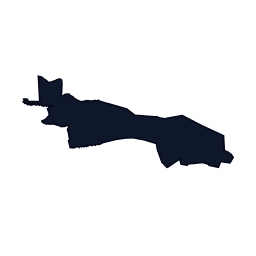 the district of Iturbide, Nuevo León, Mexico, rotated 306°
{"feature_id": "50627088B63300503507145", "entity_name": "Iturbide", "entity_type": "district", "adm_level": 2, "iso_a3": "MEX", "parent_name": "Mexico", "parent_adm1": "Nuevo León", "projection": "robinson", "projection_center": [-99.928, 24.644], "detail": "fine", "context": "isolated", "style": "filled", "palette": "ink", "viewbox_px": 256, "rotation_deg": 306, "n_neighbors": 0, "source": "geoboundaries", "source_scale": "gbopen_adm2", "svg_char_len": 4075}
<svg xmlns="http://www.w3.org/2000/svg" viewBox="0 0 256 256"><g transform="rotate(306 128 128)"><path d="M90.1,26.5L89.9,26.8L89.9,27.3L89.7,27.6L89.3,27.8L89.0,27.9L88.7,28.1L88.5,27.9L88.3,27.7L88.2,27.7L87.9,27.6L87.7,27.6L87.5,27.8L87.4,28.0L87.5,28.1L87.6,28.3L87.8,28.7L87.8,29.0L87.5,29.3L87.3,29.5L87.2,29.7L87.2,29.9L87.2,30.0L87.7,30.6L88.4,31.4L87.9,32.2L88.0,32.4L88.0,32.5L87.9,32.7L87.8,32.9L87.9,33.0L88.0,33.0L88.2,32.8L88.4,32.8L88.6,33.0L88.5,33.3L88.5,33.5L88.8,33.5L89.0,33.8L88.9,34.1L89.0,34.2L89.1,34.3L89.3,34.3L89.4,34.1L89.4,33.9L89.5,34.0L89.7,34.4L89.5,34.6L89.4,34.7L89.2,34.8L89.3,34.9L89.5,34.9L89.4,35.3L89.2,35.5L89.3,35.7L89.6,35.7L89.6,36.0L89.8,36.1L90.1,35.9L90.3,36.0L90.3,36.3L90.1,36.7L90.4,36.8L90.6,36.6L90.8,36.5L91.0,36.8L91.5,36.8L92.0,36.6L91.9,36.8L91.7,36.9L91.5,37.0L91.9,37.4L91.2,37.4L91.4,37.9L91.8,38.2L92.1,38.3L92.5,38.1L92.8,38.3L92.9,38.6L92.7,39.0L93.2,39.2L93.2,39.4L92.6,39.8L92.5,40.2L92.9,40.4L93.0,40.6L93.3,40.6L93.6,40.6L93.8,40.6L94.0,40.9L94.1,41.0L94.4,40.8L94.3,41.2L94.1,41.6L94.4,42.0L94.4,42.3L94.2,42.5L94.2,42.8L94.9,43.3L95.5,43.0L95.7,42.9L95.8,42.9L96.1,43.0L96.2,43.4L96.1,43.5L95.8,43.6L95.7,44.4L95.7,44.6L95.5,44.8L95.4,45.0L95.5,45.2L95.7,45.4L95.6,45.7L95.6,45.9L95.8,46.0L96.0,46.0L96.1,45.8L96.3,45.8L96.2,46.1L96.0,46.3L96.0,46.5L96.5,46.6L96.6,46.9L96.5,47.0L96.4,47.3L96.6,47.4L96.8,47.5L97.1,47.6L97.3,47.6L97.5,47.5L97.7,47.4L97.8,47.5L97.6,47.7L97.5,47.8L97.5,48.0L97.9,48.1L98.1,48.2L98.1,48.4L98.0,48.6L97.8,48.7L97.8,49.0L97.9,49.3L97.8,49.5L98.3,49.7L98.6,49.7L98.8,50.0L98.9,50.6L98.8,51.1L99.1,51.3L99.4,51.5L99.7,51.6L101.9,54.2L96.2,51.5L93.6,55.5L92.9,55.9L91.2,57.1L89.8,56.4L89.4,56.5L89.0,56.6L88.6,56.4L88.3,56.4L87.9,56.4L87.4,56.3L86.8,56.2L85.9,55.7L85.0,55.5L84.4,55.0L83.5,54.2L82.6,54.4L82.5,54.5L82.6,55.2L82.5,55.4L82.6,56.1L82.5,56.4L82.4,56.9L82.5,57.5L82.8,58.1L83.2,59.5L84.1,60.8L84.7,61.5L84.9,62.0L85.1,62.2L85.2,62.3L85.5,62.9L85.6,63.1L86.1,63.4L86.7,64.6L87.0,64.9L87.6,65.3L87.8,65.6L87.7,66.1L87.8,66.3L88.1,66.6L88.2,67.3L88.3,67.6L88.6,67.9L88.4,68.5L88.6,68.8L89.0,69.2L89.0,69.8L89.2,70.2L89.4,70.5L89.5,71.7L89.6,72.2L89.8,73.0L91.8,75.6L94.2,77.3L94.9,79.5L91.3,79.8L90.8,80.5L88.3,83.5L85.5,86.2L85.2,86.9L85.1,87.0L85.0,87.3L84.9,87.5L84.6,87.7L84.4,87.8L84.2,87.9L84.0,88.0L83.9,88.0L83.7,87.8L83.5,87.5L83.3,87.4L83.0,87.2L82.8,87.2L78.1,92.9L79.1,93.9L79.2,94.7L79.7,95.0L80.2,95.9L81.3,96.7L81.7,97.0L83.0,97.6L83.7,98.7L83.4,99.8L84.3,99.6L85.1,100.3L85.4,101.4L86.1,101.2L86.6,101.5L86.5,103.0L87.4,103.4L88.2,104.2L88.6,105.3L90.1,106.1L90.6,106.7L92.0,107.2L92.3,107.9L92.3,108.4L92.4,108.9L92.7,109.3L93.6,109.5L94.8,111.0L94.9,111.8L96.1,111.8L97.4,113.9L97.8,114.4L101.8,116.6L112.0,125.3L118.5,132.0L121.7,136.1L123.3,138.3L125.8,143.6L127.7,147.5L131.1,157.2L132.1,160.1L127.5,164.8L120.3,175.5L119.4,180.6L119.0,182.7L120.2,183.4L127.5,186.0L133.1,188.1L129.9,192.3L132.8,197.9L134.0,197.5L136.2,199.9L136.4,200.3L138.9,203.0L139.2,203.4L139.6,203.8L142.6,207.2L142.8,207.6L143.7,208.2L146.2,215.2L145.4,215.6L146.9,218.8L149.2,224.1L149.3,224.3L155.3,222.7L159.7,231.0L166.1,230.4L167.2,227.2L167.3,223.3L166.5,219.1L177.9,209.9L174.6,193.0L173.2,185.9L170.0,164.5L159.5,154.5L156.3,151.5L156.3,150.8L156.4,150.5L155.0,148.4L154.5,146.3L154.1,144.8L153.9,144.8L142.3,125.9L142.5,121.7L142.7,115.8L140.5,109.7L137.9,102.6L136.1,97.6L134.9,94.8L132.8,88.3L133.0,87.9L132.8,87.9L132.7,87.8L132.6,87.7L132.2,87.1L131.6,86.6L130.6,84.7L129.7,84.1L128.4,82.8L127.7,81.6L126.1,78.8L121.7,74.7L120.7,70.7L120.4,66.2L120.4,65.9L120.4,65.7L120.6,65.5L120.9,65.3L120.3,61.7L120.6,61.1L120.9,60.5L120.3,59.8L119.9,59.3L119.7,58.9L119.2,58.2L118.8,57.9L118.5,57.5L117.5,56.9L117.1,56.8L116.7,56.7L116.1,56.6L115.4,56.2L114.9,55.7L114.8,55.3L124.9,48.7L127.7,46.2L127.8,44.4L127.3,43.7L126.3,42.8L125.2,42.0L124.3,41.7L121.7,40.0L119.3,38.2L118.1,37.1L118.5,33.4L118.1,30.1L118.7,29.3L118.2,27.5L117.2,25.0L97.5,41.0L92.1,33.5L91.2,32.6L91.6,30.2L92.1,29.7L91.4,28.2L90.1,26.5Z" fill="#0f172a" stroke="#020617" stroke-width="1.5"/></g></svg>